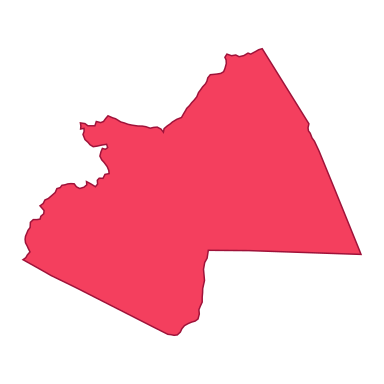 the district of Pirapemas, Maranhão, Brazil
{"feature_id": "56859067B76556806546899", "entity_name": "Pirapemas", "entity_type": "district", "adm_level": 2, "iso_a3": "BRA", "parent_name": "Brazil", "parent_adm1": "Maranhão", "projection": "orthographic", "projection_center": [-44.224, -3.776], "detail": "fine", "context": "isolated", "style": "filled", "palette": "rose", "viewbox_px": 384, "rotation_deg": 0, "n_neighbors": 0, "source": "geoboundaries", "source_scale": "gbopen_adm2", "svg_char_len": 2060}
<svg xmlns="http://www.w3.org/2000/svg" viewBox="0 0 384 384"><path d="M86.5,181.6L86.8,184.8L84.0,187.2L79.7,188.5L76.4,186.8L74.2,183.8L70.9,183.6L67.8,183.9L65.0,184.8L61.9,185.3L60.2,187.6L56.9,188.6L55.2,192.5L51.8,195.5L48.3,198.5L44.9,200.0L43.2,203.5L40.0,205.8L44.1,210.6L43.7,213.8L40.8,216.3L40.1,219.1L37.0,219.6L33.3,219.6L30.4,222.3L30.1,227.5L28.0,230.3L26.8,233.2L25.5,236.3L25.1,239.3L25.5,242.8L27.2,246.0L28.3,248.5L30.0,251.9L27.4,254.9L25.8,257.7L23.0,259.7L42.3,270.5L51.2,275.6L75.3,287.3L154.7,327.7L167.8,334.3L171.2,334.7L174.1,335.3L177.3,334.9L180.3,332.1L181.9,328.7L184.5,325.6L188.1,323.6L191.6,322.1L195.1,321.1L198.0,319.0L199.3,314.0L198.9,309.7L200.3,306.2L202.2,302.1L202.2,297.1L202.6,292.8L202.7,288.6L204.5,280.5L203.5,269.3L204.7,262.5L207.1,258.2L208.3,250.3L249.1,250.6L325.4,253.2L361.0,254.4L359.5,250.5L335.1,190.3L327.8,172.5L319.0,151.0L314.4,141.2L312.0,137.9L310.2,133.2L308.5,131.0L308.0,127.9L308.9,123.8L262.2,48.7L258.7,49.7L255.6,51.5L250.7,54.1L248.0,53.1L243.8,55.6L239.1,56.7L235.8,55.0L231.5,55.7L226.9,54.1L224.9,57.3L226.1,59.9L226.3,63.6L224.9,68.6L223.6,71.7L220.8,73.4L216.5,74.1L210.3,74.7L207.8,77.8L206.9,81.2L205.5,83.8L202.6,86.9L200.3,90.2L198.6,92.4L196.8,96.8L194.0,100.3L191.7,102.7L189.5,105.6L186.7,108.4L185.4,110.8L183.7,113.6L181.5,117.5L176.8,119.3L172.4,122.0L170.1,124.0L167.3,125.9L164.1,128.6L163.4,132.2L161.0,129.1L157.2,127.1L153.6,127.4L150.2,128.2L145.9,126.7L142.3,126.1L137.9,126.0L131.8,125.1L128.0,124.3L124.2,122.9L120.9,122.0L115.5,118.7L112.6,117.8L108.0,115.8L105.6,118.6L103.5,121.5L100.7,122.6L96.3,121.5L94.9,125.8L91.1,125.8L87.9,125.8L85.0,123.6L80.4,122.9L80.9,126.1L80.6,129.0L84.0,128.4L84.1,131.4L83.0,134.5L85.0,139.6L88.1,142.4L90.1,144.8L93.2,146.7L97.2,146.1L102.0,145.0L106.6,144.3L107.7,147.6L105.4,149.3L102.4,148.4L100.9,152.0L99.9,156.1L101.7,159.8L103.9,162.2L107.2,166.6L108.8,170.5L109.1,173.6L105.0,174.4L103.0,178.3L99.2,178.2L97.3,180.3L97.6,184.1L95.4,186.7L90.7,183.8L86.5,181.6Z" fill="#f43f5e" stroke="#9f1239" stroke-width="1.5"/></svg>